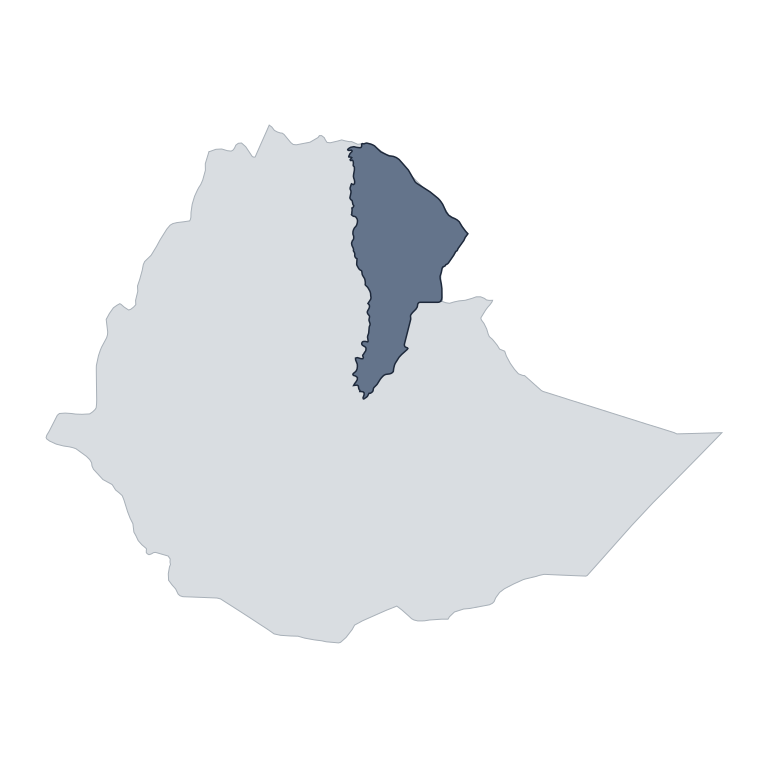 Afar on a map of Ethiopia (Albers equal-area conic projection)
{"feature_id": "ETH-3111", "entity_name": "Afar", "entity_type": "Administrative State", "adm_level": 1, "iso_a3": "ETH", "parent_name": "Ethiopia", "parent_adm1": "", "projection": "albers", "projection_center": [40.326, 11.654], "detail": "fine", "context": "in_parent", "style": "filled", "palette": "slate", "viewbox_px": 768, "rotation_deg": 0, "n_neighbors": 0, "source": "natural_earth", "source_scale": "10m", "svg_char_len": 8139}
<svg xmlns="http://www.w3.org/2000/svg" viewBox="0 0 768 768"><path d="M146.5,548.9L145.8,548.1L141.9,544.8L138.2,540.6L136.0,535.9L133.9,532.1L132.9,523.7L130.2,518.4L127.7,512.0L123.9,499.8L122.2,495.6L119.0,492.7L115.6,490.0L112.2,484.6L103.0,479.6L99.5,475.8L93.5,469.3L92.0,466.0L91.6,462.8L89.8,459.7L86.4,456.3L75.9,448.7L73.0,447.7L69.2,446.8L63.6,446.0L56.2,444.1L49.7,441.1L46.8,439.0L46.1,437.6L46.8,435.2L49.2,431.2L54.0,421.8L57.3,415.3L59.4,413.5L65.2,413.1L71.3,413.5L75.8,414.1L82.1,414.3L89.7,413.9L92.7,411.8L95.2,409.4L96.2,407.7L96.6,403.5L96.7,400.0L96.5,386.9L96.4,378.8L96.3,369.6L96.3,367.7L96.4,365.4L98.5,355.6L100.4,350.0L101.6,347.1L106.6,337.8L107.5,334.8L107.7,332.0L106.2,319.4L109.4,313.5L113.4,307.8L116.9,305.3L119.8,303.7L121.1,304.4L124.3,307.2L128.6,310.0L130.6,309.4L133.6,307.1L135.8,304.7L135.6,300.3L137.8,291.2L137.5,286.0L139.7,279.5L142.2,270.4L143.3,264.6L144.7,261.5L151.1,255.3L156.6,246.3L160.1,239.8L166.8,229.1L170.1,225.2L172.8,223.6L176.9,222.6L184.3,221.7L189.6,220.9L190.4,219.5L190.9,217.3L191.0,212.5L192.2,204.2L194.6,196.2L197.4,190.1L198.9,187.3L200.7,184.6L202.7,180.1L205.4,170.3L205.3,163.7L209.0,151.5L209.8,151.5L215.9,149.3L221.7,149.0L227.4,150.7L231.1,151.1L232.8,150.3L234.4,148.3L235.9,145.1L238.3,143.3L241.5,143.0L245.7,146.7L252.3,156.6L254.1,157.2L255.2,156.9L258.6,149.1L261.3,143.0L266.4,131.6L269.2,125.1L271.8,127.0L274.4,130.4L277.4,132.0L280.5,133.0L282.1,133.1L284.0,134.4L290.8,142.6L293.2,144.5L296.4,144.8L310.0,142.2L318.1,137.5L319.4,135.6L321.6,135.6L324.3,137.7L325.3,139.8L327.0,142.4L330.2,142.8L337.9,141.0L341.7,139.9L344.9,140.8L349.0,141.6L351.6,141.6L357.7,144.3L365.1,143.4L368.6,143.6L372.1,144.7L377.9,148.9L385.5,154.1L396.3,157.7L398.5,159.2L403.8,165.1L411.9,176.3L422.6,187.0L434.2,195.4L440.5,201.3L444.7,208.4L448.8,215.0L453.0,217.7L456.9,220.0L461.0,224.9L463.9,229.1L467.9,233.8L463.5,240.3L457.8,249.0L451.0,259.1L449.0,261.6L443.0,267.7L442.0,269.4L440.9,273.9L440.8,281.9L441.7,292.1L442.4,301.5L445.7,302.7L449.6,303.3L453.8,302.0L458.9,300.9L465.2,300.3L472.2,298.3L476.3,296.8L480.6,296.8L484.5,298.4L486.4,299.9L489.1,300.4L492.6,300.3L491.9,302.1L490.0,304.7L487.6,307.4L485.6,310.1L481.0,317.6L480.9,318.6L481.5,320.1L484.0,323.5L486.7,329.0L488.2,334.1L489.3,336.6L492.5,339.4L497.2,345.2L499.6,349.1L504.7,351.2L506.4,356.1L510.3,363.4L514.4,369.2L518.4,373.8L522.9,375.5L524.6,375.6L534.0,384.0L541.2,390.4L542.9,391.4L555.7,395.4L570.4,400.1L582.3,403.8L597.4,408.5L612.2,413.2L626.2,417.6L645.8,423.8L661.7,428.7L674.1,432.6L676.8,433.9L721.9,432.7L711.1,443.8L698.8,456.4L685.9,469.5L677.5,478.0L664.3,491.4L653.2,502.5L641.9,514.6L631.6,525.6L618.1,540.8L609.4,550.6L595.8,565.9L587.2,575.5L585.9,576.1L573.3,575.6L561.1,575.1L545.5,574.4L543.8,574.4L539.2,575.4L536.5,576.3L525.3,579.0L523.3,579.6L514.0,583.8L504.5,588.7L499.6,592.4L495.7,597.8L494.1,601.6L492.4,603.3L489.4,604.8L469.5,608.5L463.7,609.0L454.4,612.0L449.4,616.8L448.0,619.2L441.3,619.2L429.6,620.0L424.6,620.8L422.2,620.9L417.7,620.9L414.0,620.0L411.6,618.7L408.5,615.8L401.7,609.8L396.8,606.1L386.0,610.4L376.3,614.7L362.5,620.8L354.6,625.1L352.2,629.5L346.1,637.4L340.6,642.3L338.6,642.9L326.3,641.8L321.8,640.8L314.5,639.9L304.6,638.1L298.0,636.2L290.8,636.0L280.5,635.3L274.1,633.9L267.7,629.4L259.4,624.0L250.9,618.4L242.1,612.7L231.8,606.1L220.5,598.9L217.8,598.2L216.7,598.0L204.4,597.5L191.5,597.0L182.9,596.7L180.1,595.8L178.2,594.2L175.6,588.9L172.2,585.1L168.6,580.3L168.3,573.8L169.5,566.8L170.5,564.5L170.0,562.2L170.2,559.0L168.1,556.0L155.6,552.4L153.6,552.6L151.4,553.9L149.0,554.7L147.3,553.8L146.3,552.6L146.3,550.5L146.5,548.9Z" fill="#d9dde1" stroke="#a8b0b8" stroke-width="1"/><path d="M450.1,260.5L448.4,263.0L447.9,263.5L447.3,264.0L446.7,264.3L446.2,264.4L445.8,264.7L445.5,265.3L445.1,265.9L443.4,266.7L442.7,267.1L442.0,268.6L441.4,272.1L440.1,276.2L440.2,278.7L441.3,283.9L441.9,288.8L441.9,297.6L441.6,299.5L440.8,300.8L441.0,301.1L440.5,301.4L439.8,301.8L438.9,302.2L437.7,302.3L419.9,302.3L418.9,302.6L418.0,303.5L417.6,304.7L417.5,305.9L417.2,307.1L415.9,309.2L412.5,312.6L411.0,314.5L410.6,315.4L410.5,316.2L410.7,318.1L410.7,319.4L404.4,344.2L404.4,345.3L404.8,346.5L405.5,347.1L407.5,347.9L407.9,348.5L407.2,349.5L401.6,354.5L399.1,357.2L395.2,363.4L394.5,365.1L393.7,368.4L393.3,371.6L392.1,372.8L390.9,373.5L389.5,373.9L385.8,374.4L384.2,375.1L382.9,376.2L381.5,377.7L380.3,379.2L377.2,384.2L376.6,384.9L373.8,387.7L373.5,388.4L373.3,389.1L373.2,390.1L372.7,391.5L371.7,392.4L370.5,393.2L369.0,393.3L367.5,396.2L366.6,397.1L363.8,399.0L363.3,398.8L363.0,397.8L364.1,394.8L364.1,392.8L363.2,391.9L361.8,391.6L359.8,391.5L360.0,390.7L359.8,390.2L359.3,389.8L359.0,389.2L358.7,388.4L358.4,386.4L358.1,385.7L357.2,385.2L356.0,385.2L353.6,385.5L354.6,383.7L356.1,381.7L357.3,379.6L357.4,377.5L355.8,376.2L355.2,375.9L354.0,375.6L353.5,375.4L352.9,374.7L353.0,373.9L353.6,373.2L354.6,372.5L356.2,370.9L357.1,368.9L357.4,366.6L357.3,364.2L355.6,359.9L355.5,358.1L357.3,357.6L361.1,358.7L362.8,358.7L363.4,357.4L363.2,356.9L362.9,356.4L362.7,355.8L362.7,355.2L363.9,353.7L364.3,352.8L365.6,351.0L365.9,350.0L366.0,348.3L365.6,347.3L364.7,346.6L363.3,345.8L362.3,345.1L361.8,344.3L361.7,343.3L362.2,342.2L362.9,341.6L363.9,341.4L365.1,341.4L366.0,341.5L367.0,341.8L367.7,341.9L368.0,341.6L368.1,340.7L367.9,339.5L367.7,338.3L367.5,337.1L367.7,335.9L368.5,333.7L368.7,332.9L369.2,327.2L369.4,326.3L369.9,325.3L370.1,324.4L370.1,324.1L370.1,323.8L369.0,320.5L369.0,319.4L369.5,317.2L369.5,316.2L369.2,315.6L367.8,313.9L367.3,312.7L367.3,311.7L367.7,310.7L369.0,308.4L369.4,307.2L369.5,306.0L369.1,304.7L367.9,303.5L370.4,299.7L370.8,299.0L370.9,298.2L371.0,297.4L370.7,295.8L370.6,293.6L370.3,292.4L369.9,291.2L368.1,288.0L367.4,287.0L366.6,286.3L365.2,284.8L365.3,283.5L365.3,282.1L364.9,279.6L364.5,278.5L362.6,275.4L362.2,274.4L361.9,272.1L361.7,271.1L361.5,270.8L361.3,270.6L360.3,270.1L359.4,269.4L358.6,268.4L357.0,265.5L356.7,264.6L356.7,263.4L357.0,259.0L357.0,258.7L355.9,258.1L355.6,257.7L355.3,257.3L355.0,256.8L354.8,256.1L354.7,255.5L354.8,254.1L354.7,253.4L354.5,252.8L354.2,252.1L353.4,250.9L353.4,250.4L353.5,249.8L353.5,249.1L353.1,247.9L352.0,245.6L351.7,244.2L351.6,243.6L351.6,243.1L351.7,242.6L352.5,240.5L353.2,239.8L353.6,238.9L353.7,237.9L353.7,236.8L353.6,235.9L353.0,234.5L352.9,233.7L353.0,231.4L353.6,229.5L354.5,227.8L356.0,226.2L356.7,224.9L357.3,222.8L357.5,220.7L357.2,219.2L356.1,217.4L355.4,216.7L354.4,216.4L353.5,216.3L352.8,215.9L351.5,214.8L351.4,214.6L351.7,213.9L351.9,213.3L351.8,212.3L352.0,211.1L352.1,210.2L351.9,208.0L352.5,207.9L353.0,207.4L353.5,206.6L353.8,205.8L353.7,205.5L353.2,204.9L352.9,204.4L352.2,201.0L352.0,200.5L351.8,200.3L351.4,200.1L351.1,199.9L350.5,199.2L350.4,199.0L350.0,198.3L349.9,197.7L350.9,193.1L351.0,192.0L350.9,190.8L350.1,189.0L350.1,187.9L351.2,184.4L351.5,183.8L353.2,184.6L354.5,183.8L354.7,181.8L354.3,179.6L353.7,178.0L353.4,176.3L353.6,174.4L354.4,170.1L354.4,167.5L354.3,167.2L354.2,166.9L354.1,166.5L353.4,166.0L353.2,165.5L353.2,164.8L353.4,163.2L353.3,162.4L353.2,161.5L352.8,160.6L352.3,160.2L351.8,160.3L351.1,160.6L350.5,160.5L350.1,159.7L350.4,159.3L351.8,157.7L351.2,157.3L350.4,157.1L349.6,157.0L349.0,157.1L348.7,156.8L348.9,156.0L350.0,153.6L352.0,151.5L352.1,150.9L351.5,150.2L348.8,150.5L347.7,149.9L347.7,149.5L348.0,149.1L349.2,148.1L350.7,147.3L353.7,146.7L354.5,146.8L356.2,147.3L359.6,147.7L360.7,147.6L360.9,147.5L361.0,147.4L361.3,147.0L361.6,146.4L361.6,146.2L361.7,145.1L361.7,144.4L361.6,144.1L362.0,143.8L362.3,143.6L363.4,143.8L364.0,143.8L366.2,143.1L367.0,143.1L370.9,144.1L372.8,144.9L374.6,145.9L377.9,149.1L380.9,151.9L383.5,153.2L388.2,155.5L389.4,155.9L393.4,156.4L396.4,157.6L399.1,159.5L403.7,164.7L408.4,170.1L411.9,176.2L415.0,181.7L416.4,183.1L422.3,186.9L430.0,191.8L434.7,195.6L438.1,198.4L439.8,200.2L441.3,202.2L442.8,204.5L446.2,212.0L448.6,215.2L452.0,217.5L454.6,218.5L457.1,219.9L459.2,221.7L462.1,226.6L465.8,231.5L467.9,233.8L465.2,237.4L463.9,240.4L458.0,248.6L457.4,250.2L457.0,250.8L456.0,251.3L455.5,251.9L453.7,255.3L450.1,260.5Z" fill="#64748b" stroke="#1e293b" stroke-width="1.5"/></svg>